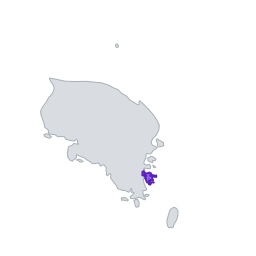 location of Goheung-gun, South Jeolla, South Korea, rotated 304°
{"feature_id": "91817680B78599330358722", "entity_name": "Goheung-gun", "entity_type": "district", "adm_level": 2, "iso_a3": "KOR", "parent_name": "South Korea", "parent_adm1": "South Jeolla", "projection": "equal_earth", "projection_center": [127.345, 34.606], "detail": "fine", "context": "in_parent", "style": "filled", "palette": "violet", "viewbox_px": 256, "rotation_deg": 304, "n_neighbors": 0, "source": "geoboundaries", "source_scale": "gbopen_adm2", "svg_char_len": 6434}
<svg xmlns="http://www.w3.org/2000/svg" viewBox="0 0 256 256"><g transform="rotate(304 128 128)"><path d="M81.1,63.4L81.9,62.7L81.9,61.8L81.9,58.8L84.2,56.7L87.4,52.4L89.0,50.1L90.8,47.9L92.8,46.4L94.8,45.7L98.0,45.4L104.1,45.7L105.3,45.5L109.6,45.2L110.6,45.6L113.7,45.9L117.1,45.6L118.8,45.0L120.4,43.9L121.8,41.9L123.2,38.3L124.7,35.5L125.6,35.0L131.9,50.1L138.0,59.8L143.1,66.9L150.5,80.6L152.7,87.9L153.0,92.5L154.3,98.7L153.2,102.3L153.6,108.0L153.2,110.9L152.3,113.0L152.3,117.2L152.6,119.4L152.7,122.3L153.2,123.5L154.1,123.9L155.4,122.8L157.1,122.4L156.8,125.9L154.9,134.8L153.2,141.4L150.9,147.0L148.0,152.2L144.4,154.3L141.9,155.0L137.1,155.3L133.1,154.4L129.7,155.0L128.3,156.1L127.3,158.0L128.1,160.9L128.0,163.0L126.5,162.8L123.6,161.6L120.4,161.4L118.9,160.8L117.3,157.8L115.8,157.9L113.1,159.7L109.0,160.1L107.5,161.1L107.0,162.3L107.6,163.9L109.7,166.0L109.0,168.2L106.8,169.2L105.1,166.6L104.0,164.0L102.8,163.9L100.9,164.6L100.5,167.4L101.4,169.3L102.8,171.5L100.8,174.0L100.3,175.8L98.8,177.1L94.9,174.2L95.4,172.2L97.1,170.2L97.3,168.2L96.8,167.0L91.1,172.1L87.6,177.9L85.8,177.5L85.0,176.0L83.9,175.4L80.1,179.2L79.4,182.1L78.1,182.3L77.5,181.0L77.4,178.3L76.8,176.0L72.9,172.7L71.1,169.8L72.1,168.2L75.3,169.1L77.9,169.0L77.4,167.6L76.6,166.9L78.3,166.2L79.7,164.6L78.5,164.2L76.7,165.1L75.2,164.6L74.6,160.8L72.8,157.0L71.9,153.2L73.7,151.0L74.6,147.7L76.3,142.8L77.2,141.2L79.5,140.1L80.3,138.8L79.1,138.2L77.0,137.6L77.1,136.2L78.5,135.5L80.0,133.9L83.0,132.0L84.0,128.5L83.1,127.6L81.2,126.8L81.7,125.0L82.5,123.6L82.2,122.8L80.0,120.5L78.5,118.4L78.9,116.0L78.6,112.4L78.8,109.4L78.7,107.7L77.7,104.1L77.2,100.4L75.8,100.9L74.6,101.8L70.6,100.5L69.3,100.4L68.8,97.7L70.2,94.3L73.7,91.4L75.7,91.0L77.2,89.7L79.6,89.3L82.4,91.3L84.9,91.7L86.3,95.2L87.1,95.9L87.3,94.6L89.4,93.1L89.8,92.0L89.4,91.4L87.1,90.8L85.0,86.4L84.7,84.5L83.9,83.3L85.1,79.9L82.7,76.0L81.5,74.7L81.7,71.2L80.4,69.0L79.7,67.7L79.3,65.6L79.6,64.6L80.8,64.3L81.1,63.4ZM72.6,220.2L71.4,221.0L70.3,220.5L70.0,220.2L68.7,218.2L68.3,217.1L69.2,215.2L72.9,212.0L82.3,208.9L84.0,208.7L87.7,210.1L88.5,212.5L87.8,214.7L86.9,216.1L82.6,218.6L79.3,219.7L72.6,220.2ZM135.7,165.5L133.3,167.6L130.0,164.8L129.2,163.2L131.7,160.9L133.8,158.2L135.2,158.1L135.7,165.5ZM118.1,165.2L117.9,168.6L116.0,168.8L114.9,166.6L113.7,167.7L113.1,167.7L112.2,165.0L112.0,162.9L114.2,161.2L115.5,162.2L117.4,162.7L118.1,165.2ZM70.3,180.3L68.6,180.8L67.7,179.6L67.0,179.3L67.4,177.8L70.1,174.7L70.7,173.6L73.2,174.3L74.1,175.9L72.9,178.4L70.3,180.3ZM78.2,64.9L78.0,69.4L76.6,69.2L75.7,68.7L75.3,67.9L74.3,63.7L75.4,62.0L77.5,63.4L78.2,64.9ZM68.7,167.8L68.4,168.6L67.2,168.4L66.1,166.0L65.6,164.1L64.5,163.1L66.3,161.5L68.7,164.4L68.7,167.8ZM75.4,107.2L75.0,109.4L73.3,108.0L72.8,103.1L74.6,104.6L75.4,107.2ZM191.1,73.7L189.9,74.7L188.5,73.7L188.4,72.6L189.1,71.7L190.7,71.1L191.5,71.9L191.1,73.7ZM83.9,181.2L84.3,182.9L82.2,182.6L81.1,181.0L81.2,179.6L82.5,179.4L83.9,181.2ZM111.2,171.8L110.9,172.9L109.6,171.3L110.9,169.5L111.2,171.8Z" fill="#d9dde1" stroke="#a8b0b8" stroke-width="1"/><path d="M96.7,166.2L96.9,166.6L97.1,167.6L97.7,167.7L98.1,167.3L98.5,167.0L98.9,166.9L99.0,167.5L99.0,168.1L99.1,168.6L99.0,169.1L98.8,169.6L98.6,170.0L98.4,170.1L97.8,170.0L97.6,169.5L97.7,168.8L97.7,168.3L97.4,168.5L97.0,168.9L96.7,169.2L96.6,169.6L96.4,170.3L96.4,170.7L96.4,171.2L96.0,171.4L95.7,171.6L95.5,171.0L95.4,170.8L95.1,171.4L94.9,171.7L94.9,172.3L94.7,172.7L94.4,172.7L94.1,172.8L93.9,173.3L93.7,173.5L93.4,174.1L93.4,174.3L93.6,174.5L93.9,175.0L94.1,175.0L94.6,175.0L94.9,174.8L95.1,174.6L95.3,174.7L95.8,174.9L96.4,174.9L96.5,175.1L97.0,175.2L97.2,175.3L97.4,175.4L97.7,175.6L97.7,175.9L97.7,176.1L97.4,176.4L97.7,176.6L98.0,176.8L98.4,177.2L98.3,177.4L98.5,177.7L99.0,177.8L99.2,177.7L99.0,177.4L98.8,177.3L98.7,177.1L99.0,177.1L99.1,176.9L99.0,176.7L99.4,176.2L99.8,176.1L99.9,176.3L100.0,176.4L100.5,176.2L100.3,175.8L100.4,175.7L100.7,175.6L101.0,175.5L101.0,175.1L101.3,175.0L101.4,174.7L101.5,174.3L101.4,174.1L101.2,174.0L100.8,173.8L100.7,173.3L100.6,173.0L101.0,172.7L101.2,172.8L101.4,172.9L101.6,173.0L102.0,173.0L102.3,172.8L102.5,172.9L102.9,173.2L103.1,172.9L103.2,172.7L103.4,172.5L103.5,172.3L103.3,171.9L103.3,171.5L103.2,171.2L102.8,171.1L102.4,171.0L102.3,170.8L102.8,170.9L103.1,170.7L102.8,170.4L102.4,170.1L102.1,170.2L101.9,170.0L102.0,169.8L101.6,169.8L101.5,169.7L101.4,169.3L101.1,169.1L100.7,168.6L100.5,168.4L100.2,168.1L100.2,167.8L100.1,167.5L100.1,167.2L100.4,167.2L100.7,167.0L100.8,166.8L100.8,166.6L100.4,166.2L100.1,166.2L100.5,165.8L100.8,165.4L101.1,165.2L101.3,165.1L100.9,165.0L100.5,164.8L100.2,164.5L99.9,164.4L99.6,164.3L99.5,164.5L99.2,164.6L98.9,164.8L98.6,165.0L98.2,165.2L97.2,165.8L96.7,166.1L96.7,166.2ZM96.4,176.5L96.1,176.1L95.9,176.1L95.6,176.1L95.2,176.1L94.6,176.5L94.3,176.6L93.9,176.7L93.7,176.5L93.4,176.1L93.2,176.7L92.9,176.9L93.0,177.2L93.0,177.5L93.1,177.8L93.3,177.6L93.5,178.0L93.8,178.2L94.0,178.3L94.3,178.3L94.6,178.2L94.8,178.0L95.1,178.2L95.6,178.2L95.9,178.1L96.1,177.6L96.2,177.4L96.2,177.0L96.5,176.7L96.4,176.5ZM102.7,177.0L102.6,176.9L102.2,176.7L102.2,176.8L102.2,177.1L102.3,177.4L102.4,177.5L102.6,177.5L102.9,177.5L103.0,177.7L102.9,177.8L102.7,177.7L102.5,177.8L102.6,178.0L102.9,178.0L103.1,178.1L103.2,178.4L103.1,178.5L103.1,178.8L103.3,178.7L103.6,178.6L103.8,178.5L103.9,178.4L104.0,178.4L104.1,178.5L104.2,178.4L104.3,178.3L104.4,178.1L104.3,177.8L104.4,177.7L104.0,177.5L103.9,177.3L103.8,177.2L103.6,177.0L103.5,176.8L103.5,177.1L103.4,177.1L103.3,176.9L103.3,177.1L103.2,177.2L102.9,177.1L102.7,177.0ZM102.7,174.7L102.8,174.5L102.8,174.3L102.7,174.3L102.3,174.3L102.2,174.3L102.1,174.5L101.9,174.7L101.8,174.9L101.7,175.0L102.1,175.2L102.2,175.3L102.1,175.5L102.3,175.7L102.2,175.8L101.9,176.0L102.0,176.2L102.1,176.3L102.1,176.5L102.4,176.3L102.6,176.3L102.9,176.3L103.1,176.2L103.3,176.3L103.5,176.2L103.3,175.8L103.3,175.7L103.2,175.5L102.9,175.5L102.7,175.4L102.5,175.5L102.4,175.5L102.3,175.3L102.5,175.3L102.6,175.0L102.3,174.9L102.5,174.7L102.6,174.8L102.7,174.7ZM96.7,178.8L96.6,178.7L96.6,178.8L96.7,179.0L96.8,179.1L97.0,179.2L97.0,179.3L96.9,179.3L97.0,179.4L96.9,179.5L96.9,179.8L97.0,179.8L97.3,180.0L97.4,179.9L97.4,179.7L97.2,179.5L97.1,179.4L97.1,179.2L96.9,179.0L96.8,178.9L96.7,178.8L96.7,178.8ZM98.2,177.8L98.1,178.0L98.3,178.0L98.2,178.1L98.3,178.2L98.5,178.2L98.5,177.9L98.4,177.9L98.2,177.8Z" fill="#8b5cf6" stroke="#5b21b6" stroke-width="1.5"/></g></svg>